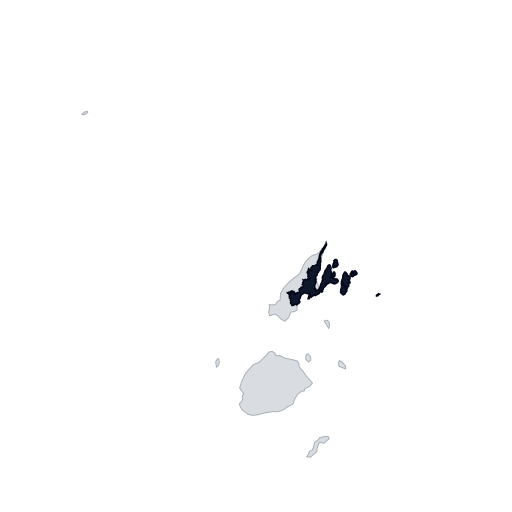 location of Cakaudrove, Northern, Fiji, rotated 334°
{"feature_id": "14151628B95966095088914", "entity_name": "Cakaudrove", "entity_type": "district", "adm_level": 2, "iso_a3": "FJI", "parent_name": "Fiji", "parent_adm1": "Northern", "projection": "robinson", "projection_center": [179.503, -16.697], "detail": "fine", "context": "in_parent", "style": "filled", "palette": "ink", "viewbox_px": 512, "rotation_deg": 334, "n_neighbors": 0, "source": "geoboundaries", "source_scale": "gbopen_adm2", "svg_char_len": 8273}
<svg xmlns="http://www.w3.org/2000/svg" viewBox="0 0 512 512"><g transform="rotate(334 256 256)"><path d="M230.4,351.5L230.4,354.2L232.0,355.4L233.5,355.6L237.4,360.7L243.4,365.2L247.1,368.6L247.3,371.5L246.2,374.6L247.7,380.1L248.5,385.9L251.1,394.9L247.4,396.6L241.5,396.9L240.1,398.5L238.1,397.6L233.2,398.3L228.5,401.2L224.1,405.3L219.0,405.3L213.2,406.2L207.4,405.6L203.3,403.4L196.2,401.1L186.6,399.1L182.6,397.4L179.3,394.7L176.2,388.0L175.8,384.8L176.2,381.6L179.0,380.5L181.4,378.9L181.7,376.9L182.7,375.4L184.1,374.9L184.7,373.9L183.8,370.5L183.5,367.4L189.0,361.7L195.1,356.9L205.7,352.5L212.3,352.9L222.3,349.5L225.5,347.9L228.6,348.8L230.4,351.5ZM322.3,277.7L314.2,285.9L311.3,290.1L308.8,294.7L301.9,299.7L299.0,306.4L299.2,313.2L306.1,306.1L313.8,300.3L316.1,299.2L318.6,299.2L318.4,301.2L317.3,303.2L316.4,308.3L318.4,313.0L312.7,312.6L307.0,313.0L300.3,315.6L293.7,316.8L291.2,316.8L288.9,315.9L287.3,314.6L286.1,311.4L284.9,310.9L279.6,311.1L271.8,317.2L269.2,322.6L266.2,322.8L262.6,321.7L258.3,325.7L253.2,327.2L250.9,323.8L249.5,319.6L247.6,316.5L242.0,315.7L242.8,311.9L244.3,310.3L245.7,308.1L246.5,305.5L249.3,307.1L252.0,308.2L255.2,306.3L258.4,306.1L261.6,300.5L266.7,297.0L273.7,294.2L280.8,292.2L284.5,291.8L288.0,290.7L294.2,285.4L298.3,282.7L302.8,281.1L307.1,280.1L311.0,281.0L314.2,280.5L322.3,276.8L322.3,277.7ZM241.6,449.7L241.6,452.3L234.8,454.1L232.5,451.9L231.0,451.5L226.9,455.3L225.7,456.9L225.3,458.1L224.3,458.7L216.8,460.6L213.5,458.7L215.7,457.5L218.4,455.0L221.2,455.3L224.0,453.0L226.7,449.4L230.7,448.6L233.4,447.2L238.0,448.2L241.6,449.7ZM322.3,326.4L318.3,328.7L316.8,326.5L318.6,321.1L322.3,315.5L322.2,320.0L322.3,326.4ZM287.5,396.2L287.0,396.7L282.4,391.8L282.6,389.9L283.4,388.2L285.2,386.5L286.9,389.3L288.2,394.0L287.5,396.2ZM259.7,373.4L256.9,374.4L255.4,370.7L257.5,366.9L259.8,366.6L261.0,370.4L259.7,373.4ZM291.4,351.2L289.6,352.8L288.8,344.4L290.6,344.4L292.0,345.3L292.7,347.4L291.4,351.2ZM174.5,337.7L171.8,338.7L173.2,333.8L174.8,332.3L175.7,332.0L177.3,331.7L176.7,335.1L174.5,337.7ZM167.7,53.2L165.6,53.8L162.2,53.3L161.5,52.3L162.6,52.1L164.8,51.4L167.5,51.8L168.0,52.4L167.7,53.2ZM322.3,300.5L321.6,300.6L321.5,299.4L322.3,297.3L322.3,300.5Z" fill="#d9dde1" stroke="#a8b0b8" stroke-width="1"/><path d="M271.1,317.8L271.8,317.8L272.8,317.3L273.7,317.3L274.6,317.0L275.1,316.7L275.5,315.9L275.2,315.3L275.5,314.0L277.3,313.3L277.8,312.4L279.8,310.7L281.3,310.6L281.9,310.2L283.1,310.3L284.9,311.4L285.4,312.3L287.6,313.1L287.2,313.6L287.8,314.1L287.8,314.4L287.4,314.5L287.4,314.8L287.1,315.0L286.2,315.1L285.8,315.3L284.0,317.2L284.0,317.4L285.1,317.7L286.3,317.1L286.6,316.7L287.7,317.3L288.5,316.8L289.3,316.9L291.7,316.8L292.0,317.6L296.3,317.4L296.8,317.1L297.1,316.3L298.1,316.0L298.4,316.4L298.6,316.9L299.3,317.4L299.8,316.9L300.5,316.9L300.8,316.1L302.1,315.0L302.9,314.0L304.2,313.8L307.1,312.6L307.0,311.5L308.0,311.8L308.3,312.3L308.6,312.3L310.9,312.0L311.6,312.3L311.6,312.7L313.6,314.9L314.5,315.6L317.2,315.6L318.7,314.9L319.1,313.9L318.9,312.5L318.2,311.9L316.3,310.9L316.2,310.6L315.6,310.1L315.8,309.3L315.6,308.9L315.0,308.6L313.7,308.5L313.0,308.7L314.3,307.6L314.4,307.1L315.4,307.0L316.7,303.5L316.5,303.0L316.8,301.4L317.3,300.5L318.1,300.0L318.5,296.9L318.2,296.7L318.2,296.2L317.8,296.0L316.2,296.3L315.4,297.3L312.2,299.3L311.7,299.3L310.9,300.2L310.8,300.6L310.0,301.1L308.6,302.8L307.6,303.0L306.2,304.3L305.6,305.9L305.7,306.6L304.6,307.2L303.6,308.6L302.2,309.4L301.1,310.5L300.2,311.9L299.6,312.0L298.5,312.8L298.8,313.1L298.7,313.8L298.1,314.5L298.2,314.1L297.7,313.7L294.8,313.8L295.1,313.4L295.2,311.5L294.8,311.0L294.2,310.9L294.0,310.7L295.2,310.0L295.3,309.2L296.2,307.7L298.0,306.4L298.2,305.5L298.8,305.4L298.8,304.9L298.3,304.6L299.0,304.1L299.0,303.2L299.5,303.5L299.7,303.3L299.3,302.6L299.3,302.1L299.8,302.0L299.8,301.4L301.4,300.1L302.2,300.2L302.7,299.8L303.1,298.6L305.1,297.9L305.6,297.1L306.9,296.9L308.0,295.8L308.5,295.0L308.5,294.3L309.7,292.7L310.8,290.3L311.5,289.8L311.9,289.3L312.4,287.9L312.2,287.6L313.3,286.1L313.4,284.5L314.2,284.1L315.5,282.6L315.6,282.2L316.2,282.4L317.1,282.2L320.2,279.6L320.9,279.6L322.3,278.4L322.3,277.0L321.7,277.6L320.9,277.7L320.5,278.3L318.6,278.9L318.6,279.3L318.2,279.7L316.6,280.3L315.4,281.5L314.7,281.9L314.4,282.5L314.1,282.4L313.7,282.9L313.7,283.3L313.0,283.6L312.3,284.7L312.3,285.1L311.7,285.5L311.7,285.9L311.3,286.9L310.7,286.5L310.4,287.1L309.9,287.2L309.2,288.0L308.7,288.0L308.2,288.8L308.1,289.4L307.8,289.8L307.4,289.9L307.2,290.8L306.2,290.3L304.2,290.4L303.8,290.2L303.4,290.2L302.6,289.6L301.9,290.0L301.7,290.5L301.1,290.4L300.9,290.7L300.5,290.6L300.3,291.1L300.1,291.4L299.9,291.3L299.6,292.0L299.6,292.7L299.8,293.5L299.1,293.8L298.7,293.0L298.8,292.2L298.4,292.2L298.1,292.6L298.3,292.0L297.6,292.0L297.6,291.2L297.9,291.1L298.0,290.7L297.8,290.4L297.6,290.8L297.2,291.0L297.2,291.3L295.8,292.4L296.0,292.4L295.9,292.6L295.1,292.9L295.2,293.4L294.7,293.8L294.8,294.0L295.3,294.2L295.1,294.6L295.3,294.9L294.9,295.5L294.6,295.5L294.3,296.6L293.9,296.8L293.5,297.3L293.7,297.5L293.8,298.1L294.2,298.9L294.9,299.1L294.8,299.6L294.0,299.9L293.2,299.2L292.3,299.2L290.7,299.9L290.5,299.7L290.4,299.3L289.9,299.5L289.7,299.3L289.9,298.9L290.2,298.9L290.1,298.6L288.4,298.6L288.0,298.2L288.0,298.6L287.3,299.8L286.5,300.3L286.6,300.7L285.1,302.0L285.6,302.4L285.6,303.7L284.5,304.5L283.9,304.5L283.4,303.9L283.1,303.8L281.6,304.6L281.1,304.5L280.4,304.6L280.0,305.1L279.8,305.8L279.9,306.4L279.7,306.5L279.6,307.6L278.4,307.6L277.2,306.9L276.5,307.6L276.0,307.1L275.7,307.2L275.5,307.6L274.5,307.4L274.1,307.7L273.6,307.8L273.5,306.9L274.0,306.6L274.3,307.0L274.8,305.9L274.7,305.3L274.1,304.9L274.0,305.2L273.7,305.0L274.0,304.6L273.8,304.6L273.9,304.4L273.5,303.5L272.9,303.2L272.1,303.9L272.0,303.7L271.8,303.6L271.9,303.0L271.2,302.9L271.0,304.0L270.7,303.9L270.7,304.4L270.3,304.7L269.9,304.6L269.9,305.0L269.5,304.4L270.1,304.2L270.1,303.7L269.4,303.9L269.2,303.0L268.7,303.4L268.1,302.8L268.0,303.3L268.8,303.7L268.8,304.1L268.9,304.4L269.2,304.7L268.7,305.1L268.8,306.0L269.1,306.3L268.3,306.9L268.5,307.1L268.2,307.2L268.3,307.9L267.9,308.0L267.7,308.3L267.9,308.4L267.7,308.7L268.3,309.3L268.1,310.0L267.4,310.9L267.3,312.8L266.4,313.2L266.5,313.9L266.8,314.4L266.6,314.7L266.6,316.1L267.0,316.5L267.8,316.7L269.6,316.7L269.7,316.3L269.9,316.3L270.9,316.8L271.1,317.8ZM330.4,317.7L330.9,317.0L331.0,316.2L331.6,315.8L331.6,315.6L331.2,314.9L330.4,314.5L329.8,313.7L330.1,312.3L329.7,311.3L329.6,310.3L329.4,309.8L328.6,309.3L325.8,311.3L325.0,312.5L324.7,313.3L323.8,314.4L323.0,315.0L322.8,315.4L322.3,315.7L322.3,327.2L323.0,325.8L325.2,324.0L326.0,323.8L327.4,321.6L327.4,321.2L328.1,321.1L328.9,321.3L329.0,321.0L328.9,320.0L329.4,318.4L329.2,318.1L329.7,318.2L330.4,317.7ZM322.3,315.7L321.6,316.4L321.2,317.4L320.8,317.7L319.8,321.2L319.3,321.9L317.8,322.9L317.2,324.3L316.9,324.4L316.8,324.8L316.5,324.9L316.2,325.4L316.2,327.1L316.7,327.7L317.1,328.9L317.5,329.3L319.5,329.1L319.9,328.4L321.7,327.8L322.3,327.2L322.3,315.7ZM327.0,295.2L326.5,294.2L325.4,293.8L323.8,294.4L323.7,295.9L323.1,295.9L322.3,296.8L322.3,300.0L322.5,299.9L322.6,300.8L323.9,301.0L325.9,299.9L327.0,295.2ZM336.1,314.5L335.1,312.6L334.6,312.5L334.2,313.1L333.5,312.9L332.7,313.6L332.8,314.0L333.5,314.4L332.9,315.2L332.8,316.1L333.7,316.9L336.0,316.5L336.1,314.5ZM338.3,316.7L339.2,315.9L339.1,314.1L338.6,312.8L337.8,312.5L337.0,312.8L336.4,313.4L336.2,314.6L336.4,315.8L336.8,316.6L338.3,316.7ZM319.4,304.8L319.2,304.5L318.4,304.7L318.2,305.4L316.7,305.9L316.5,307.0L315.4,308.0L315.3,308.4L316.3,309.0L317.8,308.8L318.4,308.2L319.1,307.0L319.5,305.8L319.4,304.8ZM322.3,296.8L321.7,297.1L321.4,297.7L321.5,297.8L321.2,298.3L320.9,298.3L320.3,298.8L320.2,300.2L320.4,300.5L321.6,300.6L322.3,300.0L322.3,296.8ZM322.3,277.0L322.3,278.4L324.1,277.1L324.6,276.4L324.8,275.0L324.3,275.6L324.1,276.1L323.1,276.4L322.3,277.0ZM348.5,345.1L348.9,344.5L348.8,344.0L348.6,343.9L347.2,344.0L346.7,344.6L346.7,344.8L347.7,345.1L348.5,345.1ZM335.9,312.8L336.3,312.1L336.0,311.7L335.3,311.8L335.3,312.5L335.7,312.8L335.9,312.8ZM350.5,344.5L350.1,344.0L349.7,343.7L349.6,344.1L350.1,344.6L350.5,344.5ZM286.8,314.8L286.4,314.7L286.4,315.0L286.5,314.8L286.8,314.8Z" fill="#0f172a" stroke="#020617" stroke-width="1.5"/></g></svg>